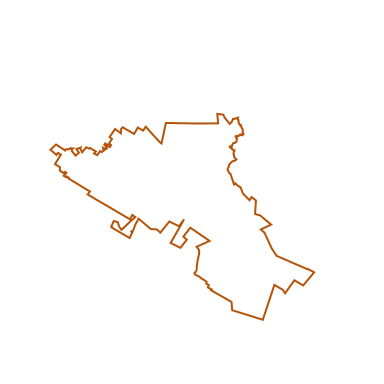 Moctezuma, San Luis Potosí, Mexico, rotated 207°
{"feature_id": "50627088B80113509958046", "entity_name": "Moctezuma", "entity_type": "district", "adm_level": 2, "iso_a3": "MEX", "parent_name": "Mexico", "parent_adm1": "San Luis Potosí", "projection": "albers", "projection_center": [-101.102, 22.707], "detail": "fine", "context": "isolated", "style": "outline", "palette": "amber", "viewbox_px": 384, "rotation_deg": 207, "n_neighbors": 0, "source": "geoboundaries", "source_scale": "gbopen_adm2", "svg_char_len": 5348}
<svg xmlns="http://www.w3.org/2000/svg" viewBox="0 0 384 384"><g transform="rotate(207 192 192)"><path d="M326.7,154.7L320.9,154.2L319.6,151.2L316.7,150.6L316.6,151.0L314.8,150.7L314.2,152.4L312.7,152.1L313.7,148.2L312.3,148.1L311.8,148.1L311.0,148.0L310.9,148.9L308.0,148.7L308.0,147.9L307.5,147.9L294.8,147.0L292.8,146.8L291.1,146.7L287.5,146.4L285.4,146.3L284.9,146.3L283.8,146.2L283.2,146.2L283.8,142.4L282.3,142.3L279.6,142.2L276.7,142.0L274.2,141.8L251.2,140.5L248.7,140.3L234.7,139.5L234.8,144.4L231.1,143.9L233.5,138.1L237.6,126.3L241.2,128.1L244.3,131.4L248.6,130.6L248.2,124.6L247.2,124.4L247.3,123.9L242.3,123.6L226.7,122.7L226.9,128.8L227.0,128.8L227.4,129.1L227.6,129.1L227.9,129.2L228.1,129.2L228.2,129.3L228.1,129.6L227.7,129.8L227.4,129.9L227.1,130.0L227.1,132.8L227.7,136.6L227.5,144.0L211.9,140.3L206.3,142.7L201.7,141.4L198.8,155.4L188.1,155.6L186.6,164.0L186.9,159.4L186.9,158.9L186.9,158.1L186.9,157.7L187.7,141.0L187.7,140.8L187.9,136.9L177.0,137.0L175.0,147.1L179.4,148.3L177.3,159.4L154.1,156.4L163.0,145.3L162.3,145.0L160.5,144.1L159.8,143.7L159.3,143.3L158.7,142.4L158.1,141.3L157.6,139.9L157.1,138.2L155.9,133.5L154.2,128.5L153.7,127.3L152.8,125.5L152.3,123.6L152.4,122.6L152.4,122.4L152.8,121.8L153.1,120.9L152.7,120.7L152.4,120.4L152.1,119.9L151.7,119.8L151.4,119.9L150.1,119.8L147.3,119.9L144.6,119.3L140.3,119.0L138.1,118.5L137.9,117.6L137.7,116.8L134.8,116.7L134.5,114.2L130.4,114.2L130.5,113.1L106.9,112.0L102.5,104.9L77.5,109.2L70.9,110.3L76.4,146.6L66.7,146.1L63.1,144.0L60.7,159.8L50.5,159.2L46.7,175.9L53.9,176.0L54.0,175.6L74.6,174.3L75.2,174.3L87.6,173.5L95.3,177.9L109.1,188.8L109.2,188.7L109.3,188.6L113.6,189.9L108.4,196.7L108.2,197.0L106.7,198.9L120.3,202.0L120.8,202.1L123.3,201.4L125.9,201.2L131.2,213.5L134.2,214.1L136.6,214.5L137.0,210.8L141.8,212.4L145.9,213.8L150.4,217.8L150.9,218.3L151.7,218.1L152.4,218.4L153.6,218.3L157.4,219.4L157.8,217.8L157.9,217.7L166.1,225.8L167.1,225.7L169.9,227.5L170.7,228.7L170.9,229.1L170.6,230.9L171.3,232.9L170.8,235.5L170.4,236.5L169.8,237.7L169.2,238.7L168.1,239.2L167.2,241.2L170.5,242.4L171.3,243.9L171.5,244.1L171.9,244.2L172.1,244.5L172.3,244.9L172.4,245.1L172.4,245.3L172.5,245.4L172.6,245.6L172.7,245.8L172.9,246.4L173.0,246.9L173.1,247.0L173.1,247.4L173.2,247.5L172.8,247.6L172.9,248.0L173.0,248.1L173.1,248.3L173.2,248.2L173.3,248.2L173.5,248.2L173.9,248.2L174.0,248.2L174.4,248.2L174.7,248.2L174.8,248.3L175.4,248.5L175.7,248.7L175.8,248.4L176.0,248.5L176.4,248.6L176.7,248.7L176.8,248.7L177.2,248.8L177.3,248.8L177.5,248.8L177.8,248.9L177.9,249.0L178.6,249.5L179.0,249.5L179.0,249.8L178.4,250.1L178.1,250.3L177.9,250.3L177.9,250.2L177.8,250.3L177.6,250.4L177.4,250.4L177.3,250.6L177.3,250.8L177.2,250.9L177.2,251.0L177.3,251.3L177.3,251.6L177.4,251.8L177.4,252.0L177.5,252.2L177.4,252.3L177.4,252.6L177.5,252.8L177.5,253.0L177.6,253.3L177.5,253.6L177.4,253.9L177.3,254.3L177.2,254.7L177.1,254.8L176.9,254.8L176.8,254.7L176.6,254.9L176.5,255.0L176.3,255.3L176.0,255.4L176.0,255.5L175.7,256.1L175.6,256.3L175.4,256.5L175.2,256.9L175.6,257.9L175.8,258.6L175.8,258.8L175.9,259.1L176.0,259.9L176.6,260.1L177.3,260.4L177.8,260.8L178.2,261.1L178.5,261.3L178.5,261.6L177.9,261.7L177.8,261.8L177.4,262.1L177.1,262.1L176.8,262.2L176.7,262.4L176.2,262.9L176.3,263.1L175.9,263.2L175.7,263.3L175.5,264.6L175.3,264.9L175.0,264.9L175.1,265.1L174.2,265.7L173.3,265.4L173.3,265.5L172.7,265.9L172.6,266.2L172.7,266.3L172.4,266.6L172.8,267.1L172.9,267.7L173.6,267.7L174.0,268.3L174.2,268.6L174.6,269.6L175.1,270.7L175.4,271.0L176.3,271.3L176.7,271.6L177.1,272.1L177.3,272.2L177.4,272.4L177.5,272.4L178.9,273.1L179.3,273.5L179.1,273.7L179.0,273.9L179.8,273.9L180.1,273.6L182.1,275.2L182.3,275.4L182.6,276.0L182.7,276.3L183.0,276.9L183.4,277.3L184.1,277.3L184.3,277.5L184.7,278.1L184.8,278.6L184.8,279.1L185.1,278.9L185.7,277.9L186.5,277.5L187.3,276.5L187.6,276.1L188.7,275.6L188.5,275.2L188.5,272.9L188.4,272.7L189.2,269.8L196.7,273.1L199.2,275.1L204.9,273.1L199.9,265.0L203.2,263.3L216.7,256.3L221.9,253.7L225.8,251.8L227.4,251.0L228.9,250.3L231.1,249.2L233.4,248.1L235.8,246.9L237.5,246.1L240.9,244.5L243.1,243.4L246.6,241.7L245.8,238.7L245.1,236.0L244.6,234.0L243.8,231.2L243.2,229.0L241.2,221.4L242.8,221.6L252.8,225.3L253.6,225.6L253.9,225.8L254.9,226.1L262.9,229.2L263.4,224.5L267.5,224.7L269.6,224.8L269.6,223.2L269.7,221.5L270.0,217.4L273.2,217.6L275.9,217.8L278.3,217.9L281.3,218.1L283.1,218.2L283.8,216.2L282.0,212.1L285.4,212.6L287.4,212.9L289.2,213.2L289.9,207.4L290.4,203.5L287.4,202.9L288.0,197.4L285.4,197.1L285.5,194.8L288.5,195.4L291.4,195.9L291.6,194.3L290.7,194.1L288.7,193.7L289.0,192.9L287.6,192.6L288.0,191.7L288.5,190.6L291.3,191.0L291.0,190.6L290.8,190.2L290.5,189.7L290.3,189.4L289.2,189.3L289.7,188.3L289.8,188.0L290.4,186.7L292.4,186.8L293.2,181.8L294.1,181.8L296.2,181.9L296.8,181.9L296.1,184.5L296.4,184.5L299.7,184.7L303.0,184.9L303.5,183.9L306.5,183.9L306.8,182.6L307.4,179.8L307.6,178.5L307.9,177.5L311.5,180.2L311.5,180.9L314.5,177.8L310.6,175.7L311.1,174.5L311.6,173.1L311.9,172.2L312.3,171.5L313.9,172.2L315.8,173.1L316.5,173.4L317.9,174.1L318.0,175.3L318.1,176.3L318.0,176.6L319.6,175.6L319.9,175.9L322.1,173.4L322.5,173.6L323.1,173.1L324.2,172.2L324.0,171.4L325.5,171.6L328.3,171.9L334.7,172.6L337.3,165.3L334.9,164.8L331.2,163.9L329.5,163.5L329.2,165.9L325.8,165.8L326.7,154.7Z" fill="none" stroke="#b45309" stroke-width="2"/></g></svg>